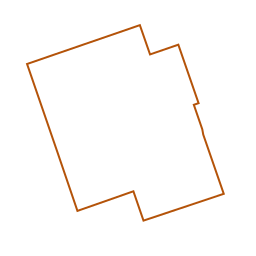 Marion, Kansas, United States of America (Equal Earth projection), rotated 341°
{"feature_id": "52423323B47340881619030", "entity_name": "Marion", "entity_type": "district", "adm_level": 2, "iso_a3": "USA", "parent_name": "United States of America", "parent_adm1": "Kansas", "projection": "equal_earth", "projection_center": [-97.068, 38.347], "detail": "fine", "context": "isolated", "style": "outline", "palette": "amber", "viewbox_px": 256, "rotation_deg": 341, "n_neighbors": 0, "source": "geoboundaries", "source_scale": "gbopen_adm2", "svg_char_len": 337}
<svg xmlns="http://www.w3.org/2000/svg" viewBox="0 0 256 256"><g transform="rotate(341 128 128)"><path d="M53.2,189.9L112.5,189.6L112.5,220.6L197.1,221.4L197.0,158.7L197.8,153.5L197.8,127.5L202.8,127.5L202.7,65.6L172.8,65.6L172.7,34.6L53.4,34.6L53.4,127.7L53.3,158.8L53.2,189.9Z" fill="none" stroke="#b45309" stroke-width="2"/></g></svg>